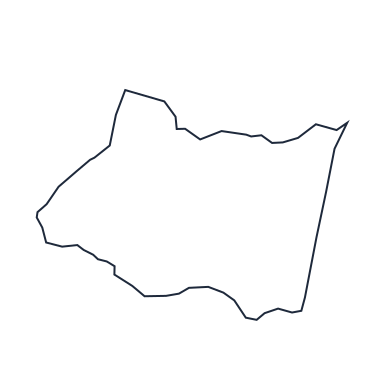 the district of Wayi, Lac, Chad, rotated 108°
{"feature_id": "50815135B86238137663719", "entity_name": "Wayi", "entity_type": "district", "adm_level": 2, "iso_a3": "TCD", "parent_name": "Chad", "parent_adm1": "Lac", "projection": "mercator", "projection_center": [15.256, 13.3], "detail": "fine", "context": "isolated", "style": "outline", "palette": "slate", "viewbox_px": 384, "rotation_deg": 108, "n_neighbors": 0, "source": "geoboundaries", "source_scale": "gbopen_adm2", "svg_char_len": 811}
<svg xmlns="http://www.w3.org/2000/svg" viewBox="0 0 384 384"><g transform="rotate(108 192 192)"><path d="M305.8,204.9L298.8,184.6L292.7,173.0L284.1,165.3L277.2,147.2L278.0,131.0L282.0,118.3L294.9,102.0L293.6,91.0L284.8,85.5L276.3,74.1L275.7,59.6L271.2,51.3L257.4,52.0L196.7,59.6L150.5,64.5L106.8,69.8L78.2,65.8L88.4,73.6L89.3,95.1L107.8,107.9L116.8,121.0L120.6,131.0L116.6,143.5L120.9,152.9L120.7,158.1L124.9,182.7L139.5,200.5L134.0,218.1L136.8,226.0L125.5,230.9L114.4,246.3L115.7,287.0L142.2,288.2L173.2,284.6L189.5,295.4L192.9,298.9L207.6,308.0L228.2,320.5L248.5,326.5L258.9,332.7L264.2,331.8L272.1,323.4L285.1,315.1L284.1,298.6L277.9,284.7L280.6,277.1L282.2,266.6L285.0,260.7L284.4,251.6L286.5,242.7L294.5,240.3L299.8,219.7L303.8,209.8L305.8,204.9Z" fill="none" stroke="#1e293b" stroke-width="2"/></g></svg>